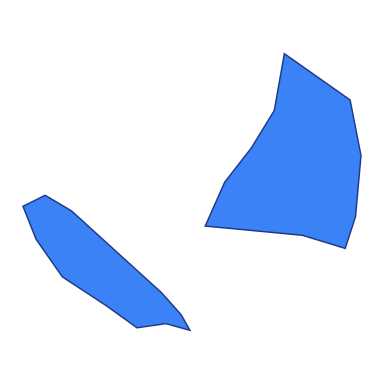 outline of Callao
{"feature_id": "PER-3505", "entity_name": "Callao", "entity_type": "Departamento", "adm_level": 1, "iso_a3": "PER", "parent_name": "Peru", "parent_adm1": "", "projection": "albers", "projection_center": [-77.175, -12.057], "detail": "fine", "context": "isolated", "style": "filled", "palette": "blue", "viewbox_px": 384, "rotation_deg": 0, "n_neighbors": 0, "source": "natural_earth", "source_scale": "10m", "svg_char_len": 424}
<svg xmlns="http://www.w3.org/2000/svg" viewBox="0 0 384 384"><path d="M345.2,248.4L302.5,235.3L205.2,226.1L224.7,182.2L251.1,148.3L274.3,110.5L284.3,54.1L284.3,53.7L284.6,53.9L350.1,100.0L361.0,155.6L355.5,216.7L345.2,248.4ZM71.5,210.9L161.5,292.7L181.2,314.8L189.9,330.3L165.7,323.6L137.0,327.8L106.3,305.7L62.4,276.9L36.1,239.3L23.0,206.3L45.1,195.3L71.5,210.9Z" fill="#3b82f6" stroke="#1e3a8a" stroke-width="1.5"/></svg>